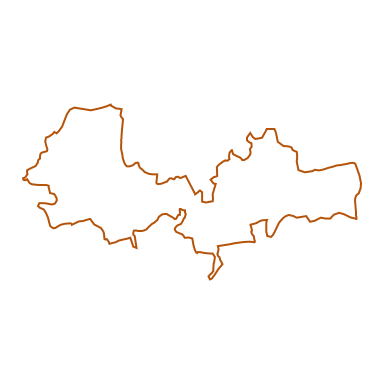 Dikirnis, Ad Daqahliyah, Egypt
{"feature_id": "37247803B48136170412055", "entity_name": "Dikirnis", "entity_type": "district", "adm_level": 2, "iso_a3": "EGY", "parent_name": "Egypt", "parent_adm1": "Ad Daqahliyah", "projection": "equal_earth", "projection_center": [31.667, 31.093], "detail": "fine", "context": "isolated", "style": "outline", "palette": "amber", "viewbox_px": 384, "rotation_deg": 0, "n_neighbors": 0, "source": "geoboundaries", "source_scale": "gbopen_adm2", "svg_char_len": 5604}
<svg xmlns="http://www.w3.org/2000/svg" viewBox="0 0 384 384"><path d="M356.4,218.9L356.4,216.7L356.0,215.8L356.0,214.1L356.0,212.0L355.7,209.0L355.0,200.1L355.4,197.6L356.5,195.1L358.7,193.4L360.6,188.3L361.0,183.2L359.5,175.6L355.9,165.4L355.2,163.6L353.0,162.8L349.7,163.1L348.6,163.5L346.8,163.9L344.6,164.3L343.9,164.3L340.9,165.1L339.1,165.1L336.2,165.6L332.9,166.7L328.1,167.9L326.5,168.5L323.0,169.6L319.0,170.4L315.7,169.9L314.6,169.9L313.8,170.3L312.7,171.1L304.7,172.3L303.4,171.8L301.0,171.0L298.5,170.1L296.7,161.6L297.1,158.6L297.1,156.1L297.1,154.0L296.7,151.8L295.6,151.4L292.7,150.1L291.6,147.5L289.4,146.6L286.9,146.2L283.6,146.1L277.8,141.8L276.0,132.9L274.8,129.9L274.5,129.1L273.4,129.0L269.8,129.0L267.6,129.0L266.7,129.0L265.6,131.4L262.0,137.8L255.3,139.0L252.9,137.2L250.2,133.0L248.6,135.3L248.1,135.9L247.0,137.6L247.0,139.4L247.0,140.2L247.7,141.0L248.8,141.9L250.3,142.8L251.4,143.2L251.7,146.6L249.9,149.1L250.6,152.5L250.2,154.2L250.2,154.6L247.7,158.0L244.0,160.1L243.1,160.1L242.2,160.0L241.8,159.2L240.0,157.5L236.0,155.7L233.0,154.0L232.7,152.7L232.5,152.1L232.0,150.2L231.6,150.2L229.5,152.7L229.5,153.1L229.0,156.5L229.4,159.0L229.0,159.0L228.6,159.9L227.5,160.7L226.4,160.7L225.3,160.3L224.2,161.1L223.1,161.5L222.7,161.8L221.6,162.8L220.2,163.6L218.3,165.3L216.9,167.0L217.2,175.9L215.7,176.7L213.9,177.1L210.6,179.6L213.5,183.5L215.7,183.9L212.7,194.1L213.0,199.2L212.7,201.3L210.1,201.7L209.6,201.8L206.1,202.5L202.1,201.6L202.1,199.8L202.1,195.2L202.1,193.5L202.1,192.2L199.9,190.5L199.2,190.9L198.1,192.2L195.1,194.3L194.8,193.4L185.7,175.9L185.4,176.0L180.6,178.0L179.1,177.5L178.0,176.7L175.8,177.1L175.5,177.5L174.3,179.2L173.3,179.2L172.2,178.7L171.4,178.3L170.0,178.3L168.9,179.1L167.0,181.6L165.3,182.2L163.3,182.9L161.5,183.7L158.2,184.1L156.8,183.6L156.4,182.8L156.8,178.6L157.2,175.2L157.2,174.3L155.7,174.3L153.5,174.3L152.0,174.3L148.8,173.8L146.6,172.9L144.7,172.1L142.2,169.5L140.0,167.8L138.9,165.6L138.5,164.3L138.6,163.5L137.8,162.6L135.6,163.0L133.5,164.7L132.3,165.5L129.4,166.4L126.8,166.3L125.0,164.2L123.9,161.6L122.8,158.2L122.5,155.7L122.3,154.6L122.1,153.6L121.1,148.9L121.1,145.1L121.2,143.8L121.4,142.1L121.1,140.8L121.5,137.8L121.6,134.9L121.9,131.1L121.9,130.6L122.8,121.6L123.0,119.2L121.6,117.5L120.5,115.4L121.6,109.2L119.8,108.9L116.1,108.4L115.7,108.3L112.4,106.4L111.3,105.9L110.7,104.6L106.6,106.3L101.4,107.9L96.3,109.1L90.8,110.3L85.3,109.4L74.3,107.6L71.0,109.2L69.9,109.7L66.9,114.3L65.1,118.9L62.1,126.6L58.8,131.2L56.6,133.3L56.2,132.9L54.8,132.4L54.3,132.0L54.0,132.4L52.6,134.1L50.7,135.3L49.6,136.2L47.8,137.0L46.3,137.4L45.7,139.0L45.6,139.5L45.2,141.2L46.3,145.9L47.4,149.3L47.0,151.0L46.2,151.4L44.8,151.8L41.8,152.6L40.7,153.5L40.0,156.0L40.0,158.6L39.3,159.0L38.5,159.8L38.1,160.7L37.8,162.4L35.9,165.7L34.5,166.6L33.1,167.2L32.6,167.4L29.5,168.9L27.1,170.3L27.1,170.8L27.1,172.4L27.5,174.1L25.2,177.5L23.0,178.3L23.4,179.6L24.1,180.1L26.0,180.1L27.1,179.2L27.8,180.1L29.3,182.7L30.4,183.5L32.2,184.4L33.6,184.4L36.9,184.9L46.8,185.1L48.7,185.8L48.7,187.5L50.1,193.1L54.1,194.0L55.6,196.1L56.7,198.6L56.7,199.2L56.7,200.8L54.8,203.7L51.9,204.5L50.2,204.2L47.5,203.6L44.2,203.2L39.4,203.1L38.7,204.6L38.0,206.1L39.8,207.8L40.9,208.2L43.8,209.5L46.0,213.0L47.8,217.2L48.5,219.4L48.9,221.5L50.3,226.2L53.3,228.3L55.5,227.9L56.0,227.6L57.3,226.7L59.5,225.4L61.3,224.6L64.6,223.8L69.0,223.4L70.1,223.4L70.9,223.4L72.0,224.3L72.0,224.7L76.0,222.8L78.9,221.4L83.0,221.0L89.6,219.0L90.3,219.0L90.9,219.9L91.4,220.7L94.3,224.5L94.5,224.6L100.9,228.0L102.5,230.2L102.7,230.6L103.1,231.2L103.8,232.7L104.1,234.8L104.5,239.1L105.6,239.5L106.7,239.1L107.8,240.4L108.4,241.3L108.9,242.1L109.4,243.8L115.7,242.2L119.0,240.5L127.8,238.5L130.3,237.7L132.9,245.4L133.2,246.6L136.5,247.9L134.7,236.0L133.3,234.7L133.3,232.2L134.0,230.5L135.5,230.5L138.8,231.0L141.7,231.0L143.6,230.6L146.5,229.4L148.3,227.3L152.0,223.9L154.2,222.7L155.7,221.4L156.8,220.5L157.2,220.2L158.3,218.1L158.6,217.2L159.4,216.4L162.3,214.3L165.2,214.0L166.4,213.9L173.3,217.8L174.8,219.1L176.2,218.7L177.3,216.6L178.4,214.9L179.9,214.9L179.9,211.1L179.6,209.8L179.9,209.0L181.0,209.0L182.1,209.9L183.9,210.3L185.0,210.3L185.0,212.4L185.8,214.1L184.6,218.0L183.9,218.4L182.8,220.9L181.0,223.9L180.2,224.3L178.0,225.1L176.5,226.3L175.4,227.6L174.7,229.3L176.2,231.9L182.4,234.5L183.5,235.8L184.8,237.8L188.6,237.5L191.7,238.3L192.2,238.4L192.6,240.1L193.0,242.3L193.3,244.4L194.8,249.9L195.8,251.6L196.2,252.5L197.1,253.0L197.7,252.1L200.2,252.1L204.3,253.0L209.4,253.5L211.6,253.5L212.7,253.5L214.9,257.0L214.1,262.5L213.7,263.3L213.3,269.3L213.3,270.1L213.3,271.0L213.0,271.4L212.2,272.6L210.0,274.7L208.5,276.4L210.0,279.4L211.8,278.6L214.4,275.2L218.5,268.9L221.4,265.5L222.5,264.1L220.0,259.6L219.6,257.4L218.2,256.2L217.4,254.0L218.2,251.1L218.6,249.4L218.2,247.7L217.9,246.1L218.6,246.0L226.9,244.7L229.2,244.4L234.7,243.2L243.9,242.0L249.7,241.7L253.7,242.2L254.6,242.2L254.9,241.3L254.5,240.1L254.1,238.4L253.8,236.2L252.3,234.5L251.2,231.9L252.0,230.7L251.3,227.3L250.5,225.2L250.5,224.7L256.4,223.1L259.3,221.4L261.2,220.6L263.0,220.2L267.0,220.0L266.7,220.7L266.3,222.8L266.3,231.3L266.6,233.0L267.0,234.3L267.3,236.0L271.0,236.9L272.8,235.2L274.7,231.8L279.1,222.6L282.4,218.8L285.4,216.3L288.7,215.0L293.1,215.9L296.7,217.7L306.2,216.1L310.0,221.7L311.2,221.5L314.1,221.0L314.5,220.9L317.1,219.5L320.5,217.8L320.9,217.7L322.2,217.9L325.2,218.5L330.2,218.6L331.4,217.3L333.7,214.8L334.6,214.4L339.2,212.8L342.8,213.9L344.2,214.3L350.3,217.3L350.9,217.5L354.6,218.4L355.2,218.6L356.4,218.9Z" fill="none" stroke="#b45309" stroke-width="2"/></svg>